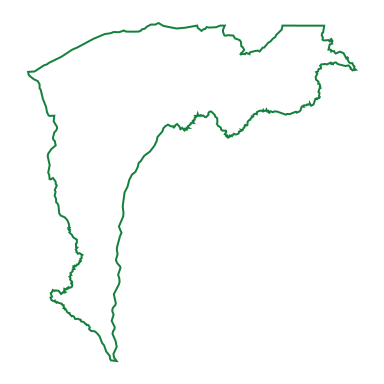 Caracaraí, Roraima, Brazil (Mercator projection)
{"feature_id": "56859067B80750202370332", "entity_name": "Caracaraí", "entity_type": "district", "adm_level": 2, "iso_a3": "BRA", "parent_name": "Brazil", "parent_adm1": "Roraima", "projection": "mercator", "projection_center": [-61.229, 0.312], "detail": "fine", "context": "isolated", "style": "outline", "palette": "green", "viewbox_px": 384, "rotation_deg": 0, "n_neighbors": 0, "source": "geoboundaries", "source_scale": "gbopen_adm2", "svg_char_len": 5802}
<svg xmlns="http://www.w3.org/2000/svg" viewBox="0 0 384 384"><path d="M116.6,361.0L114.1,357.7L113.4,354.0L116.7,346.9L115.6,341.0L112.5,333.9L113.1,331.1L114.4,329.4L114.7,327.1L111.7,320.8L113.6,314.7L112.3,311.2L112.4,309.4L113.1,307.6L115.4,305.0L115.8,303.1L113.8,294.2L118.7,284.8L119.6,281.9L119.3,278.3L118.1,274.7L120.5,267.8L120.0,266.3L117.0,262.9L115.9,260.0L117.6,254.1L116.8,249.6L117.1,247.0L119.9,236.5L121.5,232.8L118.9,226.6L123.2,216.4L123.5,213.2L122.7,206.3L124.6,192.3L127.5,186.8L129.3,179.8L132.0,174.5L135.3,172.0L137.6,167.4L138.7,163.0L140.9,160.9L144.2,155.8L150.0,151.5L154.6,145.4L156.8,140.7L157.5,137.0L162.3,131.6L163.4,128.3L165.3,126.2L168.0,124.7L170.9,126.3L173.3,126.3L173.5,127.4L174.1,127.5L175.5,125.1L177.1,124.0L179.4,126.4L180.4,129.1L181.9,127.9L182.2,128.7L183.9,128.7L184.0,130.1L184.6,130.5L185.2,129.0L186.8,129.7L187.5,128.4L186.8,128.4L186.7,127.7L188.7,127.8L188.1,127.4L188.1,126.1L190.7,124.3L190.6,123.3L191.5,122.7L193.2,122.9L192.5,122.3L193.6,121.4L193.0,120.6L194.8,119.6L194.6,118.1L195.8,117.2L195.1,116.0L197.1,115.9L197.7,114.0L198.2,115.8L199.2,115.4L200.0,116.0L200.9,115.1L202.0,115.9L203.2,115.5L205.1,117.1L206.1,117.1L208.5,114.8L208.2,114.2L208.8,112.3L210.6,111.4L211.7,111.9L214.9,115.2L215.1,116.6L217.2,118.1L217.4,122.4L216.8,123.6L218.1,126.0L220.1,127.0L221.1,128.3L221.1,129.6L222.4,130.6L226.0,130.7L226.3,131.9L224.9,134.1L225.7,134.3L225.8,135.7L227.6,137.3L227.7,136.1L228.5,137.0L229.6,135.8L230.0,136.6L231.3,135.4L232.0,136.1L233.9,133.7L235.2,134.5L236.9,134.3L238.6,133.5L239.1,132.1L238.7,130.8L239.5,131.7L241.9,130.5L241.4,129.9L242.6,130.2L243.3,128.5L242.7,128.6L244.4,127.6L244.6,125.7L245.2,124.9L246.1,125.6L247.3,125.2L247.7,121.7L248.9,120.3L250.4,119.7L250.6,118.4L252.2,117.2L251.9,116.3L253.3,116.3L253.5,114.5L255.3,113.7L256.8,114.2L256.9,112.2L258.6,111.2L260.9,110.5L262.7,111.4L263.3,110.0L264.0,111.1L266.0,110.6L266.4,109.6L267.1,111.2L268.2,110.7L268.7,111.2L268.4,112.2L269.3,112.8L270.6,111.3L273.1,112.2L274.4,111.4L276.8,111.5L286.0,114.7L286.8,114.0L289.9,114.1L295.3,111.9L296.3,111.9L296.6,112.6L298.7,111.9L300.5,110.5L301.4,107.3L301.9,106.6L303.3,106.7L302.8,106.1L304.0,105.3L306.6,105.3L306.9,104.6L308.2,104.3L308.8,104.7L309.7,104.3L309.8,103.3L311.1,105.7L313.5,104.5L315.4,98.9L317.1,99.1L317.0,98.3L319.2,98.0L319.8,97.0L319.0,96.1L319.5,92.8L318.4,91.8L319.6,88.4L320.5,88.0L319.8,86.7L320.2,86.3L319.6,84.1L318.9,83.4L318.3,83.6L318.4,81.6L316.0,79.6L315.7,76.8L317.3,73.8L316.1,72.1L318.0,71.4L318.6,69.1L320.9,68.5L321.1,67.2L320.1,65.7L321.3,64.4L325.7,64.0L326.8,64.5L330.8,62.6L331.5,62.9L331.4,64.0L333.0,64.2L333.0,63.6L334.4,62.7L335.9,62.4L337.8,64.1L345.4,66.0L348.6,65.4L350.7,67.8L350.6,68.9L351.6,69.2L352.4,70.4L355.9,69.8L354.1,68.3L354.5,66.4L353.4,65.6L352.3,63.1L350.7,63.3L349.0,62.4L347.7,59.7L347.9,57.8L347.3,57.4L346.3,58.3L343.5,53.1L339.8,51.7L335.8,53.5L334.5,52.4L334.2,51.2L331.9,51.0L331.2,51.5L330.8,49.7L328.5,49.6L329.7,44.5L332.1,43.6L331.7,42.9L332.5,41.0L331.2,39.0L330.6,39.4L330.9,40.6L329.6,41.4L328.5,40.1L324.9,40.4L323.0,40.2L322.5,39.5L322.9,37.5L321.7,35.4L322.1,33.2L323.1,32.5L324.2,25.7L282.5,25.6L281.6,29.7L276.1,35.1L275.3,37.0L272.7,38.8L270.4,41.5L268.3,42.6L264.1,47.6L262.6,47.7L259.6,51.5L258.0,50.6L255.0,51.0L250.3,52.2L249.5,53.1L249.5,54.1L246.1,52.8L245.1,54.2L242.3,53.9L240.9,54.5L240.5,54.2L241.1,53.1L241.9,52.8L244.2,49.9L242.8,47.3L241.3,46.2L241.0,42.0L239.7,40.1L235.0,38.4L233.4,35.6L228.1,35.2L225.1,35.7L224.1,34.9L223.0,31.9L223.0,29.7L224.8,25.6L220.2,25.6L216.1,27.2L209.1,27.6L206.6,27.1L205.3,28.9L203.8,29.1L201.5,30.9L197.6,27.7L197.2,25.6L185.3,27.7L176.5,28.5L163.3,25.9L158.5,23.0L155.2,24.6L151.1,24.5L146.8,26.7L144.8,28.7L141.8,29.4L141.1,30.5L138.7,31.6L128.0,31.7L125.3,31.4L124.0,30.5L119.1,32.2L113.6,32.0L110.8,33.2L104.9,34.0L93.3,38.9L76.9,47.7L72.5,49.5L61.5,56.7L48.6,63.0L47.2,64.3L44.2,65.2L34.5,71.5L28.1,71.9L28.7,74.9L29.7,76.0L34.1,79.4L37.7,81.0L39.6,84.4L39.6,88.4L40.6,89.4L42.9,99.0L46.1,107.0L47.0,112.3L48.6,115.4L49.4,115.9L54.3,115.7L53.7,121.4L56.8,126.5L57.1,128.3L56.1,130.6L54.3,132.4L52.9,138.2L53.4,139.7L54.8,141.1L55.7,145.4L51.4,149.0L48.2,153.7L47.7,156.2L49.7,165.2L48.2,172.6L49.2,174.9L49.6,179.1L50.6,179.4L52.9,178.0L55.6,181.6L55.8,184.1L56.8,185.4L54.8,190.0L55.6,191.9L54.6,195.6L56.0,198.8L56.2,202.3L57.6,203.6L58.5,205.7L59.2,213.2L60.6,215.5L64.7,217.3L67.3,220.2L68.9,224.0L69.2,227.1L69.8,227.5L69.2,228.4L68.3,228.2L68.4,229.1L69.8,229.7L69.3,230.3L70.0,231.0L69.3,232.4L71.8,234.7L73.2,237.3L76.9,239.7L76.8,243.0L75.9,243.8L76.1,247.2L77.3,247.6L75.8,249.4L76.8,251.5L76.4,252.0L78.1,253.8L79.4,253.1L82.4,255.0L81.6,255.8L81.6,258.3L80.3,259.0L80.9,260.9L79.7,261.0L79.8,262.3L79.1,262.6L78.8,263.8L77.7,264.7L77.2,264.4L75.8,266.1L74.9,265.7L74.5,266.7L73.4,266.3L73.2,267.3L74.4,269.0L72.7,269.4L72.6,271.4L70.4,273.2L71.2,275.0L70.5,275.0L70.2,276.3L69.5,276.8L70.5,277.9L70.1,279.6L72.1,281.7L72.1,282.6L71.3,282.6L71.1,283.4L72.4,284.9L71.9,286.7L70.1,287.8L68.6,287.2L68.3,288.4L67.1,289.0L66.8,288.4L65.9,289.4L64.3,288.8L64.2,290.8L65.5,292.1L64.1,292.7L63.2,292.1L61.1,294.0L58.6,290.8L55.4,290.4L54.6,291.0L52.8,290.0L51.9,292.3L50.7,293.2L52.0,296.8L50.5,297.6L51.4,299.9L53.4,301.2L54.9,300.6L55.3,301.9L56.6,302.7L57.1,301.9L58.6,302.9L61.8,303.7L61.9,304.5L63.7,305.3L63.3,306.0L64.3,307.5L63.7,308.2L64.6,308.5L64.8,309.3L65.6,309.1L67.2,312.0L68.4,313.1L69.5,313.0L70.0,314.5L71.8,316.3L72.6,315.9L74.0,316.7L75.2,319.0L78.4,318.8L79.7,319.8L80.7,319.7L81.1,321.4L83.8,322.0L85.5,324.0L86.4,324.2L86.7,325.1L88.4,325.1L89.8,327.4L89.1,329.0L91.0,330.9L94.7,331.3L96.9,333.1L99.6,336.4L102.0,342.8L104.1,345.4L106.2,351.5L109.7,355.8L110.1,358.8L111.0,360.4L116.6,361.0Z" fill="none" stroke="#15803d" stroke-width="2"/></svg>